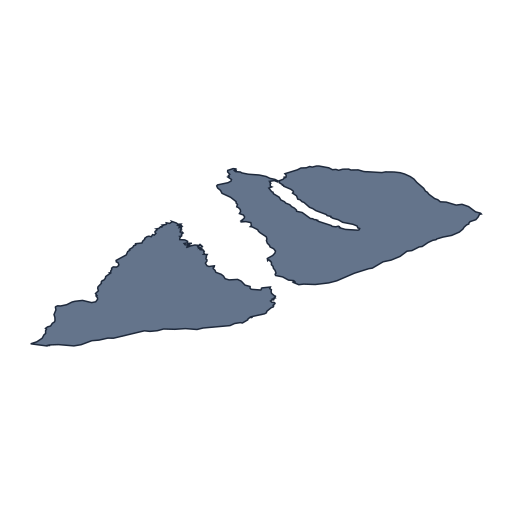 Ibestad nor, Troms, Norway (Natural Earth projection)
{"feature_id": "86288312B28202364266720", "entity_name": "Ibestad nor", "entity_type": "district", "adm_level": 2, "iso_a3": "NOR", "parent_name": "Norway", "parent_adm1": "Troms", "projection": "natural_earth1", "projection_center": [17.142, 68.828], "detail": "fine", "context": "isolated", "style": "filled", "palette": "slate", "viewbox_px": 512, "rotation_deg": 0, "n_neighbors": 0, "source": "geoboundaries", "source_scale": "gbopen_adm2", "svg_char_len": 6062}
<svg xmlns="http://www.w3.org/2000/svg" viewBox="0 0 512 512"><path d="M366.9,171.7L367.1,171.6L366.5,171.8L363.7,171.5L358.2,169.9L350.9,170.0L348.7,169.1L342.7,169.2L338.6,170.3L335.9,169.4L332.5,169.7L328.8,167.8L318.9,166.0L316.5,166.0L312.2,167.1L309.7,166.5L306.3,167.8L300.9,168.0L297.4,169.8L284.9,173.7L286.2,175.2L286.1,177.0L283.4,177.2L285.8,177.4L284.3,178.0L283.1,179.3L278.8,180.9L279.5,181.3L279.3,182.7L282.7,184.8L282.5,185.2L283.6,185.6L283.7,186.2L290.9,189.3L293.2,191.1L293.5,192.0L292.5,193.1L296.5,195.8L297.8,199.2L300.1,199.8L302.0,201.7L304.0,202.4L309.5,207.3L312.8,208.6L315.8,210.6L326.3,214.5L327.1,215.6L330.9,216.4L330.8,217.1L333.0,218.3L338.2,219.7L342.6,222.3L352.9,224.3L357.1,226.0L357.8,227.9L359.7,228.5L359.3,229.6L358.0,230.2L345.3,229.4L339.8,227.8L340.0,227.5L339.2,227.1L339.3,226.6L338.3,226.2L335.8,226.8L332.2,226.4L331.2,225.5L318.2,221.3L317.7,220.2L316.9,220.5L316.1,219.7L314.1,219.6L312.7,218.7L310.4,218.5L302.2,212.5L296.6,211.3L296.4,210.0L294.4,208.1L291.7,206.7L289.8,204.7L285.7,203.1L284.5,201.7L280.8,199.9L279.2,197.2L273.4,193.7L273.0,192.2L271.7,191.7L268.8,188.1L271.8,186.9L270.4,186.3L270.2,184.2L270.8,183.3L269.9,182.6L270.4,181.7L269.8,181.3L274.3,180.6L277.6,181.9L277.9,180.9L275.0,179.4L269.8,178.3L266.2,176.5L259.2,175.0L248.2,174.2L241.8,172.9L240.4,172.0L235.5,171.6L234.2,170.5L235.0,169.9L235.5,170.6L236.8,170.9L235.4,170.3L235.8,170.0L235.2,169.8L235.7,168.9L233.1,168.6L227.7,170.4L227.6,171.9L229.8,174.3L228.4,175.8L229.0,176.5L227.8,177.0L231.5,179.5L231.0,181.1L228.0,182.7L217.5,184.9L216.7,185.9L217.6,188.0L220.5,190.4L222.0,193.3L230.6,197.3L236.1,201.6L236.1,203.0L237.5,204.4L236.7,206.8L238.4,207.6L240.3,209.6L240.6,211.6L239.4,213.6L243.4,215.0L244.6,216.9L244.1,218.4L241.1,220.8L242.4,221.2L240.5,222.0L245.9,221.6L250.8,222.6L251.4,225.5L250.3,226.6L252.2,226.9L257.7,229.7L258.5,231.3L260.2,232.8L266.3,236.8L266.9,239.0L266.4,240.5L267.3,243.2L269.5,245.4L270.1,247.0L273.6,248.7L275.5,251.1L274.9,253.1L272.7,255.5L267.3,258.5L267.5,259.5L268.2,259.8L267.6,260.3L267.7,260.7L268.5,259.9L269.5,260.2L270.2,260.9L269.2,261.0L270.3,261.0L271.5,262.7L271.4,264.7L273.0,266.3L273.4,268.3L275.1,270.4L276.0,273.1L275.1,274.2L275.6,275.5L282.6,276.9L288.5,280.1L293.7,280.6L294.4,281.3L293.1,281.3L293.7,281.5L293.1,281.9L293.3,282.4L294.9,282.4L295.2,282.8L294.4,282.9L298.8,284.7L303.6,284.1L315.2,284.5L328.7,282.9L336.8,280.8L354.4,273.2L368.7,268.7L372.4,268.1L383.1,261.8L391.1,260.1L400.1,256.4L407.0,251.2L411.9,250.6L419.2,246.9L422.2,246.5L428.1,242.5L432.8,240.3L436.0,239.7L436.9,238.9L442.9,237.1L451.7,235.4L459.3,232.1L462.9,229.1L464.1,227.2L466.6,224.9L468.8,224.0L468.9,223.0L470.1,221.6L475.8,219.7L478.1,217.1L479.5,214.3L481.3,214.0L480.6,213.2L475.5,211.8L468.6,206.6L462.0,204.3L456.2,205.1L446.2,202.1L440.3,201.8L437.8,199.7L434.7,198.6L428.9,194.3L427.3,192.2L425.5,191.2L423.7,188.3L416.8,182.4L414.0,179.1L410.3,176.6L404.6,174.0L400.2,172.7L394.0,172.0L385.5,171.9L381.9,172.6L366.9,171.7ZM176.4,223.0L171.8,221.4L172.1,221.8L169.6,223.4L166.2,222.8L166.5,224.1L166.0,224.5L162.6,225.0L163.3,225.4L161.7,226.3L162.0,226.5L161.8,227.1L160.5,226.8L158.9,228.4L156.3,228.9L157.1,229.3L157.0,229.9L155.0,231.5L155.1,232.6L155.9,233.4L154.3,235.1L152.6,234.6L151.3,236.7L148.9,236.2L146.9,236.7L144.7,238.3L144.7,239.3L142.8,241.0L141.9,243.0L135.5,243.7L135.4,244.2L135.9,244.4L135.6,245.1L133.7,245.7L132.7,247.4L129.4,249.4L129.8,250.2L127.7,251.6L126.3,254.9L116.1,260.4L116.3,261.9L118.0,262.6L118.8,264.7L118.5,265.7L116.6,267.1L113.2,266.9L111.6,268.2L111.7,269.6L110.8,270.8L110.7,272.4L109.6,272.8L110.4,273.2L105.7,276.5L105.3,278.4L103.6,280.3L102.2,280.6L101.2,282.0L101.4,283.3L98.0,286.8L97.7,288.2L98.4,290.8L95.5,293.5L96.5,295.0L96.2,295.5L96.9,295.7L96.3,296.4L97.5,297.7L97.6,299.2L95.7,301.8L91.6,302.6L82.5,300.4L74.9,301.3L72.1,302.0L66.7,304.7L60.5,306.0L57.7,305.8L56.0,306.5L55.4,307.1L55.9,309.9L54.0,314.6L54.9,317.4L55.0,320.5L54.5,321.9L52.3,323.3L50.6,326.0L47.5,326.9L45.5,328.4L46.5,329.2L45.6,330.6L45.6,333.5L44.0,334.8L42.2,338.2L36.8,341.8L30.7,343.8L47.2,346.0L47.6,346.0L46.5,345.6L50.2,345.5L48.8,345.1L49.6,344.9L58.6,344.6L73.9,345.9L81.1,344.7L91.8,340.7L99.0,340.1L107.8,338.1L113.5,338.2L144.4,330.8L149.9,331.4L157.4,330.7L163.6,329.0L174.8,329.3L185.4,328.6L197.0,329.5L203.1,328.0L230.0,325.6L234.6,323.5L240.3,322.6L242.4,323.0L247.7,319.9L247.9,319.1L249.9,317.4L251.4,317.6L252.6,317.1L250.2,317.2L250.9,316.8L264.6,313.8L266.4,312.8L266.8,311.3L271.2,307.7L273.3,306.9L273.7,305.9L273.1,305.2L275.0,303.6L274.7,302.8L273.7,302.5L274.5,302.4L271.9,302.3L270.5,301.0L273.0,299.2L273.5,299.3L272.6,300.2L273.8,299.7L273.7,299.2L272.8,298.9L274.8,298.1L274.3,297.9L275.0,297.4L275.7,295.7L275.0,296.3L271.5,293.3L271.1,291.3L271.4,289.7L269.7,288.6L270.4,287.0L262.0,287.9L261.4,288.3L261.4,289.2L261.1,289.7L260.8,290.0L260.6,290.0L251.3,289.3L250.1,288.3L250.1,286.5L245.0,285.1L241.3,281.2L237.6,279.4L229.1,279.9L225.1,278.7L223.5,276.1L221.2,274.3L215.8,272.3L215.0,270.3L213.2,268.6L213.3,267.4L214.2,267.0L214.4,265.8L208.9,266.5L206.9,265.7L205.4,263.1L207.0,261.0L206.9,259.6L206.0,259.1L205.9,258.3L206.5,256.9L206.2,256.1L207.2,254.5L203.6,254.3L204.3,253.7L203.7,251.8L204.2,251.4L203.2,250.0L199.6,249.6L202.5,248.5L199.7,248.8L199.7,248.0L200.2,248.0L200.7,247.6L199.6,247.9L200.0,247.5L198.3,247.5L197.7,246.7L200.3,245.1L202.2,246.6L201.1,247.2L202.3,246.7L202.2,246.3L200.0,244.4L198.9,245.4L194.8,245.0L191.1,245.8L186.3,247.6L188.2,245.6L190.2,244.8L188.9,244.7L188.9,244.1L191.9,243.3L189.0,243.3L187.9,243.8L187.2,244.9L185.1,244.8L184.1,243.5L187.5,242.9L187.6,241.3L184.8,239.9L179.7,239.6L179.8,238.1L180.5,237.0L179.8,236.4L182.1,236.0L181.5,235.8L181.8,235.0L181.5,234.0L183.1,233.0L182.2,232.0L179.6,232.2L180.6,231.6L180.4,230.7L181.5,229.9L180.5,229.2L181.4,228.4L181.5,227.2L179.1,227.6L179.8,226.4L182.0,226.2L181.2,225.3L179.1,225.9L177.6,225.3L178.8,224.4L180.7,224.3L180.9,224.1L177.9,224.2L176.4,223.0Z" fill="#64748b" stroke="#1e293b" stroke-width="1.5"/></svg>